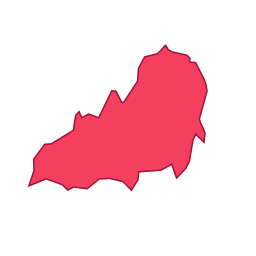 an SVG outline of Derry, rotated 112°
{"feature_id": "GBR-2083", "entity_name": "Derry", "entity_type": "London Borough (city)", "adm_level": 1, "iso_a3": "GBR", "parent_name": "United Kingdom", "parent_adm1": "", "projection": "natural_earth1", "projection_center": [-7.229, 54.938], "detail": "fine", "context": "isolated", "style": "filled", "palette": "rose", "viewbox_px": 256, "rotation_deg": 112, "n_neighbors": 0, "source": "natural_earth", "source_scale": "10m", "svg_char_len": 801}
<svg xmlns="http://www.w3.org/2000/svg" viewBox="0 0 256 256"><g transform="rotate(112 128 128)"><path d="M37.2,124.0L40.3,120.2L40.9,115.4L38.4,100.7L40.2,96.6L42.6,96.0L43.7,95.0L41.9,90.0L54.6,75.4L59.0,71.6L64.4,68.5L93.0,65.2L96.6,62.2L100.1,58.2L104.0,54.6L112.7,52.2L108.4,62.9L115.4,63.1L135.8,58.6L143.9,59.3L156.2,64.1L155.9,64.5L145.3,73.9L154.8,81.7L164.6,101.6L172.2,99.4L184.4,101.5L179.6,112.4L181.6,126.0L186.0,135.5L199.6,143.1L203.1,156.3L208.2,160.6L205.2,167.7L205.8,184.8L218.8,198.2L202.6,199.2L192.3,203.8L174.4,199.2L171.5,193.3L150.7,177.8L135.8,181.3L131.2,179.5L135.8,174.6L129.8,169.9L129.5,159.0L99.6,157.0L98.3,153.1L106.5,143.5L105.9,141.6L81.1,136.7L68.9,140.6L55.9,139.2L47.9,128.3L37.6,124.4L37.2,124.0Z" fill="#f43f5e" stroke="#9f1239" stroke-width="1.5"/></g></svg>